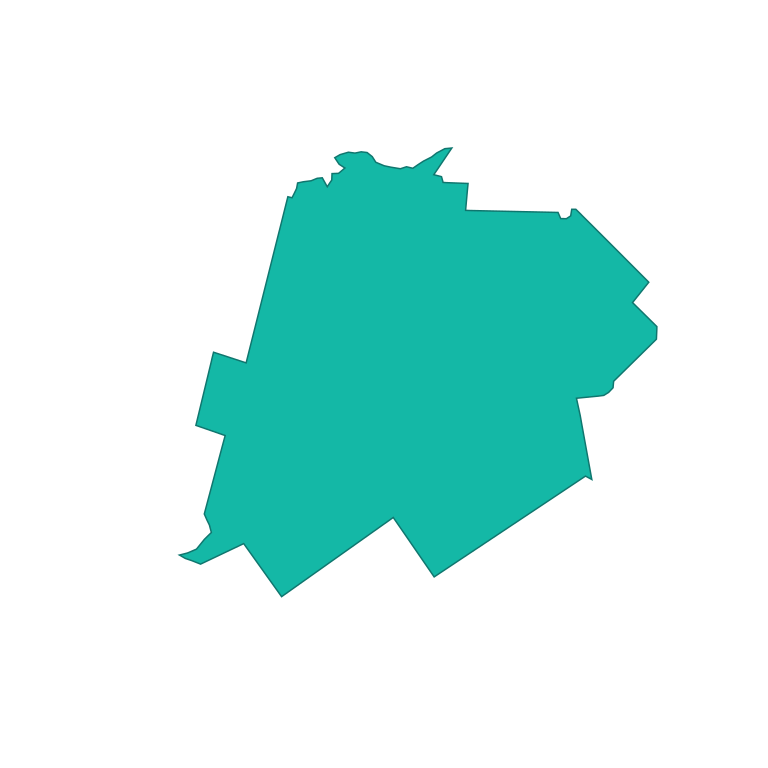 Leandro N. Alem, Misiones, Argentina (Robinson projection), rotated 319°
{"feature_id": "61730980B79202279576530", "entity_name": "Leandro N. Alem", "entity_type": "district", "adm_level": 2, "iso_a3": "ARG", "parent_name": "Argentina", "parent_adm1": "Misiones", "projection": "robinson", "projection_center": [-55.364, -27.618], "detail": "fine", "context": "isolated", "style": "filled", "palette": "teal", "viewbox_px": 768, "rotation_deg": 319, "n_neighbors": 0, "source": "geoboundaries", "source_scale": "gbopen_adm2", "svg_char_len": 1563}
<svg xmlns="http://www.w3.org/2000/svg" viewBox="0 0 768 768"><g transform="rotate(319 384 384)"><path d="M117.4,378.9L119.6,385.3L123.0,391.1L125.9,396.7L127.4,399.6L173.4,412.4L172.6,420.8L169.9,449.0L167.2,477.3L303.4,490.8L302.1,502.6L295.3,562.5L438.3,580.9L475.6,585.7L478.1,592.1L478.2,592.4L479.9,589.5L507.1,543.7L511.3,536.7L519.9,521.0L537.9,533.8L542.4,536.8L548.1,537.7L554.4,537.1L559.1,532.6L619.0,528.9L625.8,521.7L627.6,519.7L625.4,491.1L625.0,485.6L650.6,480.9L646.1,415.6L644.0,386.3L644.0,385.6L643.4,378.0L640.3,375.3L635.2,379.6L630.1,378.9L625.9,375.1L626.5,373.1L627.9,368.7L562.6,309.4L559.5,306.5L573.0,293.5L579.0,287.8L574.4,283.5L563.1,272.9L560.8,270.6L561.3,269.7L563.4,265.3L563.2,264.9L558.9,258.7L566.9,256.6L590.0,250.4L584.3,246.3L575.3,244.2L568.9,243.9L560.1,241.7L553.7,240.8L547.3,240.1L543.5,234.8L537.6,232.3L531.3,224.7L527.3,219.4L523.3,211.3L524.3,204.7L523.1,198.2L519.1,193.8L513.6,190.7L509.2,185.7L501.4,182.1L495.3,180.9L494.3,188.7L495.8,194.0L496.2,195.3L493.1,195.3L487.9,195.2L482.8,191.1L478.4,195.8L474.9,196.7L470.6,197.9L471.0,195.9L472.7,187.9L468.5,184.9L462.3,182.8L455.9,178.5L455.0,178.0L450.7,175.6L446.3,179.1L441.2,181.3L436.8,183.1L434.3,179.6L406.1,199.3L404.9,200.1L328.5,253.4L293.8,277.6L276.2,248.2L271.2,251.7L268.5,253.7L214.9,291.8L217.4,296.2L230.3,318.7L222.0,324.3L221.1,324.9L163.1,364.2L161.1,370.6L159.7,375.9L159.4,376.5L158.2,378.9L156.3,382.8L153.0,383.0L146.6,383.4L140.4,384.5L134.1,385.6L124.8,382.6L117.4,378.9Z" fill="#14b8a6" stroke="#0f766e" stroke-width="1.5"/></g></svg>